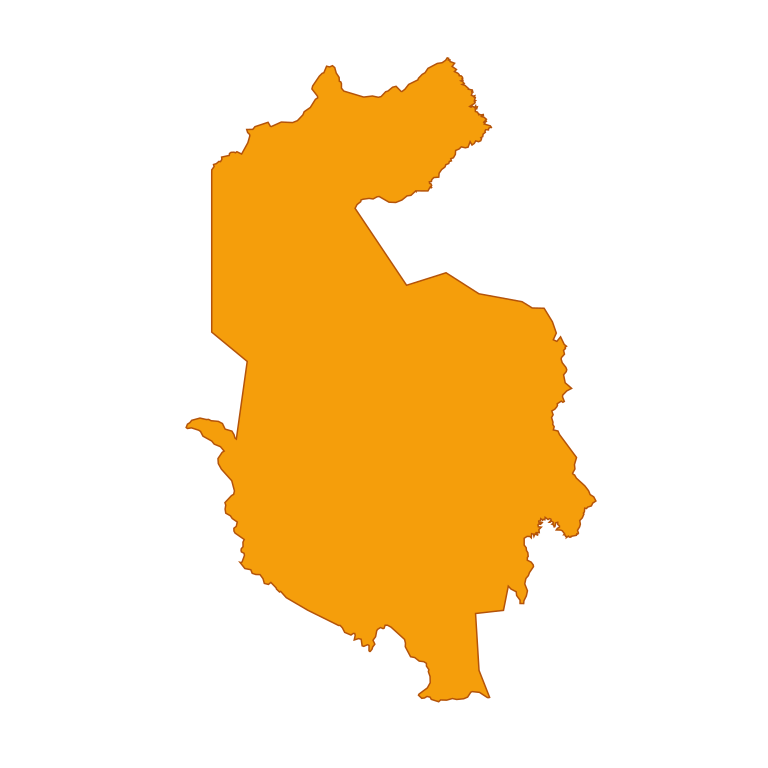 outline of Sefwi Akontombra, Western, Ghana, rotated 85°
{"feature_id": "2480657B96818528094138", "entity_name": "Sefwi Akontombra", "entity_type": "district", "adm_level": 2, "iso_a3": "GHA", "parent_name": "Ghana", "parent_adm1": "Western", "projection": "mercator", "projection_center": [-2.718, 6.094], "detail": "fine", "context": "isolated", "style": "filled", "palette": "amber", "viewbox_px": 768, "rotation_deg": 85, "n_neighbors": 0, "source": "geoboundaries", "source_scale": "gbopen_adm2", "svg_char_len": 6094}
<svg xmlns="http://www.w3.org/2000/svg" viewBox="0 0 768 768"><g transform="rotate(85 384 384)"><path d="M561.1,531.8L562.6,528.3L563.1,524.1L567.4,521.5L572.2,520.6L573.6,516.6L571.8,514.0L577.6,509.3L578.9,509.0L582.1,506.2L581.6,505.0L588.3,500.0L602.7,479.7L620.6,450.3L620.7,448.7L623.3,446.7L628.0,444.8L631.2,438.8L629.8,436.4L630.0,434.9L631.9,434.6L636.4,436.0L635.4,431.5L636.3,429.0L642.9,428.6L643.6,427.0L642.3,423.1L643.1,421.7L648.2,422.2L649.1,421.8L649.2,421.0L647.1,419.0L645.0,418.2L642.4,415.8L638.3,417.3L635.0,414.4L629.0,412.7L627.8,411.6L626.3,408.7L627.6,406.3L627.3,405.2L624.4,403.9L624.6,401.6L626.8,398.2L640.2,385.8L644.0,385.2L647.6,385.7L658.0,381.3L659.2,377.2L663.1,373.1L664.1,368.5L666.0,366.1L668.7,366.3L672.5,364.2L674.4,364.9L679.4,363.6L685.6,364.0L690.5,367.3L696.0,376.2L697.0,376.8L700.4,373.8L700.3,371.0L699.0,368.4L700.0,365.4L702.3,364.4L705.3,357.2L703.7,355.2L704.4,349.1L703.3,343.3L704.6,339.1L704.5,332.0L703.2,328.0L698.6,324.4L698.1,323.0L699.5,315.8L705.4,308.3L705.6,306.9L705.4,306.1L677.6,314.3L620.6,312.8L619.9,284.7L596.2,277.8L599.3,275.4L602.5,270.4L606.3,270.3L611.2,267.3L614.5,267.6L614.9,264.0L612.1,263.5L607.6,260.7L602.5,259.1L595.4,261.2L590.1,259.6L587.5,256.9L584.5,255.5L579.0,251.0L577.2,251.1L574.3,252.9L572.0,256.6L569.3,256.3L568.4,255.4L564.6,255.4L562.2,256.6L559.5,256.6L556.7,258.4L549.9,257.8L548.3,254.8L548.6,252.0L550.1,250.7L546.0,250.0L546.6,248.2L548.8,247.9L546.6,246.7L547.9,244.2L547.2,244.0L546.1,245.8L545.3,245.5L545.6,242.3L542.5,242.4L540.3,239.8L539.7,242.7L537.8,242.9L537.0,242.3L537.4,240.3L535.9,238.4L535.4,239.2L536.1,240.9L535.0,241.9L534.0,241.8L534.0,240.2L531.8,239.6L533.6,237.8L532.7,237.2L533.3,235.6L530.9,235.1L533.3,232.4L532.5,230.8L533.1,229.6L534.2,229.3L536.1,231.5L536.2,230.6L534.9,229.6L536.6,227.3L537.4,227.3L538.3,228.9L539.1,227.4L541.2,226.9L541.0,226.2L537.2,224.9L536.9,223.0L539.1,223.1L540.6,221.6L541.9,221.7L542.9,223.9L544.4,225.1L544.9,220.9L545.7,219.2L549.0,217.2L549.8,218.0L549.9,217.0L551.5,216.4L551.8,215.4L552.9,215.7L551.6,213.5L552.7,212.7L552.8,211.2L552.1,211.0L551.5,205.5L550.1,205.0L550.4,204.1L549.5,203.3L546.6,204.0L543.4,201.6L540.7,200.6L537.1,200.9L534.6,198.1L531.0,196.2L530.0,196.6L528.8,195.5L525.2,194.9L525.7,193.1L524.4,191.8L523.5,188.0L520.9,186.5L519.0,183.1L514.7,184.9L512.1,188.3L508.2,189.5L503.0,192.8L494.5,200.6L491.2,202.1L490.6,203.3L489.3,203.9L485.3,201.2L480.9,201.3L474.0,198.6L449.6,213.6L446.0,214.8L444.5,219.3L441.4,218.2L439.0,219.4L436.8,219.0L432.0,220.0L429.4,218.2L425.5,219.2L423.9,215.9L421.7,213.8L420.3,213.0L418.8,213.2L416.5,208.9L417.8,207.4L417.1,205.9L412.4,207.3L410.6,206.9L406.8,202.5L404.7,197.5L398.6,203.4L390.5,204.3L387.6,201.4L385.7,200.7L383.4,201.3L378.3,204.6L374.5,205.4L373.0,204.8L370.0,201.6L366.1,202.2L364.5,200.2L363.1,200.4L362.3,198.9L360.3,201.0L352.4,204.0L356.6,208.1L354.7,211.5L348.3,207.9L336.7,210.8L322.5,217.9L321.2,229.7L314.1,239.2L302.4,281.6L278.6,312.5L287.6,352.9L206.5,397.5L202.9,395.2L200.3,391.3L198.6,390.8L198.1,388.7L197.8,382.7L198.7,378.7L196.9,374.6L196.8,372.5L203.3,363.2L204.2,356.5L202.3,350.1L198.6,344.6L198.4,340.7L194.5,335.7L195.1,335.2L194.4,335.0L195.5,323.4L192.0,321.0L192.7,320.0L192.3,319.4L191.2,320.1L190.3,319.2L188.5,319.9L188.2,321.1L186.5,321.2L186.4,319.1L184.6,318.6L182.7,316.4L182.7,311.4L178.8,310.7L175.4,307.9L173.1,304.3L170.9,303.3L170.0,300.3L168.0,299.5L167.6,297.4L165.4,297.9L164.7,295.1L161.5,292.9L157.6,292.3L156.5,288.8L154.5,286.3L155.8,282.4L155.4,279.6L150.1,277.1L153.6,275.5L152.2,273.1L149.8,271.4L150.9,268.7L150.1,266.4L148.1,265.4L147.1,266.1L146.2,264.1L143.7,263.5L142.1,261.1L140.9,261.4L139.5,260.5L140.0,257.8L138.4,257.5L137.5,255.2L138.3,254.3L136.1,255.6L133.7,261.5L132.9,260.8L131.9,261.8L130.6,260.2L131.7,259.9L131.3,259.1L129.9,259.7L129.2,258.9L126.9,261.2L126.0,263.7L125.0,262.9L125.1,261.6L124.2,261.6L124.4,264.1L123.5,265.6L124.0,266.0L121.3,267.2L120.5,269.2L117.8,269.1L118.0,267.7L116.0,266.9L116.2,268.2L114.8,268.4L116.4,269.6L115.1,271.6L115.8,273.2L115.0,274.5L112.2,269.2L111.4,268.7L110.7,269.3L109.7,268.1L109.4,269.2L106.6,268.1L106.3,269.1L104.7,268.4L105.0,270.0L104.0,271.8L101.9,270.9L100.4,271.1L100.8,270.1L98.8,270.4L97.7,274.3L97.1,274.0L93.6,277.3L92.4,280.0L91.7,277.9L89.6,279.2L88.7,280.9L88.2,278.9L86.8,279.7L86.3,278.9L85.1,279.2L83.8,280.2L83.4,282.2L82.2,282.2L80.8,283.4L78.9,286.6L77.0,284.4L73.6,288.5L70.6,285.7L68.5,290.1L66.8,290.1L66.9,291.6L65.2,291.2L64.6,292.6L66.9,294.4L69.0,298.1L69.3,303.0L73.4,312.7L77.5,316.0L78.9,319.0L82.4,323.0L84.0,323.8L87.7,333.3L92.2,337.5L94.2,340.6L94.0,341.5L88.5,346.0L89.1,349.6L92.5,354.5L93.0,356.9L97.4,361.8L97.9,364.6L96.1,370.4L96.4,379.2L88.7,398.5L85.6,400.6L81.0,400.2L79.3,400.7L78.5,402.1L74.6,402.0L70.0,404.5L64.5,405.5L62.4,407.6L63.4,410.6L62.4,413.5L68.7,416.8L69.1,418.5L71.7,421.6L80.9,429.1L83.8,430.1L91.4,425.2L93.2,425.1L94.4,427.5L102.1,433.3L105.8,439.8L108.8,441.3L114.1,447.3L115.6,452.2L114.1,463.5L117.7,473.8L117.4,474.7L113.2,476.7L116.4,490.1L118.9,492.5L118.5,498.6L121.6,497.9L123.6,496.2L125.0,496.0L131.8,498.6L142.5,505.8L139.8,510.3L140.7,511.8L140.0,513.2L139.9,516.2L140.9,517.8L142.8,518.2L143.8,526.0L146.0,525.9L148.2,527.5L147.9,529.1L149.9,531.9L150.5,534.7L152.6,534.3L155.6,536.9L158.4,537.2L317.3,551.1L349.6,518.3L426.0,535.9L424.8,537.2L421.5,537.8L417.7,539.6L415.1,546.2L409.3,548.4L406.8,552.3L405.5,559.4L404.0,561.8L403.9,564.1L401.9,570.3L403.4,578.7L405.6,580.8L406.9,583.3L410.1,584.9L411.2,583.7L410.9,579.7L413.9,572.6L415.3,570.9L420.2,568.9L425.8,560.6L429.1,558.4L432.2,552.4L436.9,549.1L438.0,551.2L443.8,555.9L448.9,556.0L454.7,553.4L467.1,544.1L477.5,542.3L480.8,543.4L481.9,545.7L488.3,552.8L490.9,552.2L494.7,553.2L498.9,552.9L501.9,548.5L504.8,546.9L508.7,542.2L513.0,543.6L514.6,546.1L517.4,546.3L519.5,545.4L526.7,536.8L529.3,538.3L533.8,538.6L535.6,540.5L537.1,540.9L538.8,540.7L540.5,538.1L542.7,538.0L548.7,540.8L549.5,541.8L549.1,543.0L555.7,538.7L557.4,532.9L561.1,531.8Z" fill="#f59e0b" stroke="#b45309" stroke-width="1.5"/></g></svg>